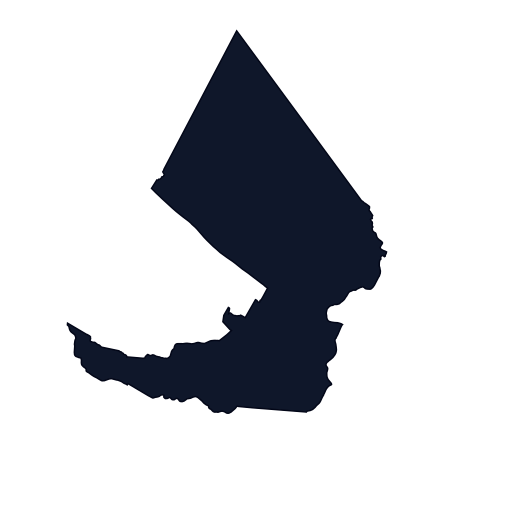 the district of Santarém, Pará, Brazil, rotated 120°
{"feature_id": "56859067B9705629805023", "entity_name": "Santarém", "entity_type": "district", "adm_level": 2, "iso_a3": "BRA", "parent_name": "Brazil", "parent_adm1": "Pará", "projection": "equal_earth", "projection_center": [-54.756, -2.669], "detail": "fine", "context": "isolated", "style": "filled", "palette": "ink", "viewbox_px": 512, "rotation_deg": 120, "n_neighbors": 0, "source": "geoboundaries", "source_scale": "gbopen_adm2", "svg_char_len": 6170}
<svg xmlns="http://www.w3.org/2000/svg" viewBox="0 0 512 512"><g transform="rotate(120 256 256)"><path d="M272.1,146.8L272.1,148.3L272.4,149.8L273.0,152.0L273.7,153.4L274.4,154.8L275.4,157.3L276.0,159.4L276.1,160.7L275.8,161.7L275.0,162.9L274.2,163.8L273.5,164.3L272.5,164.9L270.7,166.4L269.7,166.9L266.8,167.8L266.1,167.9L264.2,167.5L262.8,167.1L261.4,166.3L261.0,165.7L260.1,164.7L259.0,164.1L258.5,163.5L257.5,161.7L256.0,160.2L255.5,159.9L253.6,159.3L252.1,158.6L249.5,157.8L246.8,157.7L245.2,157.5L241.6,157.5L240.0,157.1L239.2,156.3L237.3,155.0L236.7,154.4L236.1,153.1L235.6,152.5L235.2,152.4L234.0,151.9L232.4,150.8L231.2,150.0L229.5,148.4L229.2,147.9L229.2,146.9L229.2,146.2L229.5,145.4L229.5,144.7L229.1,143.4L227.9,141.0L227.6,140.5L227.2,140.1L226.5,139.7L224.4,139.1L221.8,138.9L213.1,139.3L211.8,139.2L208.8,139.8L206.7,140.8L205.9,141.6L204.3,142.9L203.0,144.3L200.1,145.9L198.1,146.6L197.4,146.6L196.8,146.4L196.3,146.3L194.4,147.6L192.7,147.2L192.3,146.6L192.2,145.2L192.4,144.5L191.6,144.0L190.8,144.4L188.5,144.6L187.2,145.0L187.3,147.1L187.6,148.1L187.6,150.4L187.6,151.2L187.2,152.0L186.6,152.7L185.5,152.9L183.7,153.0L183.0,152.8L181.7,152.9L181.0,153.4L180.4,156.0L180.5,156.7L180.1,158.5L179.7,159.9L178.9,161.1L176.7,163.3L176.3,164.1L176.4,165.2L176.1,167.0L175.8,167.6L174.3,169.1L173.6,169.4L172.4,169.3L171.3,170.9L169.7,171.4L168.5,172.3L168.1,173.6L167.6,174.6L167.0,175.2L166.4,175.1L165.9,174.4L165.5,174.1L165.0,174.2L164.6,174.8L163.7,175.2L163.1,175.1L162.6,175.2L160.7,178.9L160.4,179.4L160.3,180.2L159.8,180.8L159.3,181.3L158.8,181.5L157.6,181.7L157.2,182.0L156.6,182.3L156.3,183.1L155.8,187.5L155.9,188.4L155.8,189.2L155.4,190.6L155.3,192.4L126.0,259.1L70.7,385.3L227.0,379.1L227.6,378.8L229.7,378.8L230.2,378.1L230.6,377.2L231.5,375.9L232.0,375.8L232.4,376.1L233.3,375.9L234.1,376.6L234.5,377.1L235.3,377.2L235.8,376.8L236.4,377.0L237.9,378.0L238.2,378.7L239.0,378.7L239.5,379.3L239.7,379.9L249.7,380.3L251.3,374.4L253.4,365.6L256.3,352.5L257.3,347.5L258.0,343.0L258.6,339.0L259.5,331.6L260.0,329.1L260.6,327.2L261.4,323.2L262.1,320.7L265.7,310.4L266.9,306.3L269.1,297.7L269.9,293.3L270.9,288.8L271.8,280.4L272.3,273.6L272.7,270.4L274.1,261.4L274.7,254.6L275.6,247.8L276.5,240.6L276.9,237.8L277.1,235.4L277.7,232.6L278.0,229.9L287.3,229.6L291.5,229.6L292.1,230.1L292.6,230.2L293.8,229.8L294.5,230.1L294.8,231.0L294.5,232.0L294.1,233.0L294.0,233.9L294.1,234.6L314.8,234.5L314.8,237.3L314.9,239.7L315.7,240.2L316.2,240.7L316.6,241.6L317.4,242.4L317.9,244.0L318.5,245.4L318.6,246.8L318.2,248.8L318.2,249.8L318.7,250.3L319.2,250.4L319.7,250.8L314.8,252.6L314.4,253.1L314.4,254.2L323.5,254.2L329.5,251.8L332.7,241.8L332.8,240.0L338.9,241.9L347.8,245.5L348.1,246.5L350.0,250.0L351.9,252.6L352.8,253.4L357.4,256.7L358.1,258.0L358.9,259.9L359.2,261.1L359.5,262.2L360.0,263.2L361.1,264.4L362.1,265.2L363.3,266.5L364.2,267.7L364.5,268.2L364.8,269.2L366.0,271.9L366.7,273.1L368.5,275.4L370.8,279.5L371.4,280.4L371.9,280.9L372.8,281.4L373.3,281.5L375.0,281.4L377.3,280.7L378.8,281.3L379.8,281.4L380.9,281.4L384.8,280.4L385.8,280.2L387.9,280.9L389.5,282.0L389.5,282.8L390.7,284.6L390.8,285.8L391.2,286.5L391.5,287.5L391.7,289.2L392.1,290.1L392.8,292.6L392.8,294.2L392.9,295.1L393.3,296.1L394.7,297.2L395.2,298.0L395.3,299.0L395.3,299.9L395.4,300.5L396.0,300.9L397.0,300.9L397.8,301.4L398.5,301.5L399.3,301.3L399.9,301.3L400.7,302.2L401.1,302.8L408.0,317.5L407.4,317.9L407.1,318.5L406.9,319.2L407.0,320.2L407.3,321.1L407.1,321.8L406.7,322.3L406.9,323.1L406.5,324.5L406.6,325.4L406.9,326.2L406.6,327.2L412.2,344.3L411.5,347.0L411.6,347.8L411.9,348.7L411.4,352.2L411.7,353.2L412.2,353.8L412.4,354.5L412.4,355.1L412.6,356.0L412.6,356.8L412.1,357.4L411.3,357.8L410.6,357.8L410.0,358.1L409.5,358.6L408.8,358.9L408.5,359.7L408.4,360.6L408.4,362.8L408.6,363.6L408.4,385.6L410.0,384.9L410.4,383.3L410.7,382.7L412.5,381.0L413.4,379.9L414.1,378.5L414.3,377.7L414.8,373.9L415.1,373.2L416.0,372.0L417.0,371.1L417.5,370.8L419.4,370.6L420.5,370.2L423.2,369.1L424.5,368.0L430.2,365.2L432.0,363.9L432.5,363.3L432.8,362.6L433.0,361.8L432.6,359.3L432.5,358.5L432.0,357.2L432.0,356.5L433.3,355.2L435.9,353.8L437.3,352.6L437.7,351.7L438.2,350.0L438.4,347.9L438.9,346.7L439.2,346.2L440.4,345.7L440.7,344.9L440.8,344.2L440.7,343.2L440.7,342.5L441.2,338.3L441.3,335.8L441.1,333.2L441.2,330.1L441.2,327.5L440.9,326.7L439.8,325.0L436.0,321.8L434.6,320.1L434.3,319.3L433.1,314.8L432.6,313.6L432.1,310.6L432.0,309.6L432.2,306.6L431.9,304.4L432.0,303.1L430.5,303.1L430.8,279.0L430.7,278.0L430.7,276.1L430.6,274.5L430.2,273.9L428.5,272.4L427.7,271.3L426.5,270.1L425.9,269.6L424.6,269.1L423.7,268.5L423.0,267.6L422.8,267.0L422.7,266.1L423.3,265.7L424.2,265.4L424.5,264.9L424.8,263.6L424.7,263.0L423.7,261.6L423.2,261.1L422.3,260.8L421.8,260.2L421.7,259.5L421.8,258.6L422.3,257.2L422.2,256.5L421.9,255.8L421.2,254.8L419.6,254.2L419.2,253.8L418.8,253.1L418.7,252.2L419.2,251.0L419.8,249.7L419.8,248.8L419.1,247.2L417.6,245.8L416.0,245.1L415.4,244.8L414.4,244.6L412.0,241.7L411.4,241.2L409.9,240.2L408.4,238.7L407.9,238.0L407.7,237.2L407.6,236.3L407.6,235.4L408.6,230.1L409.0,229.0L409.5,227.4L409.8,224.6L409.5,222.5L409.9,221.9L410.7,221.3L411.2,220.6L411.4,220.0L411.3,219.2L411.3,218.5L411.5,217.5L411.9,216.4L412.1,215.3L412.0,214.1L411.7,213.5L410.8,212.1L410.3,210.8L408.0,208.7L407.2,207.6L406.6,205.4L406.7,204.6L406.7,203.0L406.5,202.3L405.7,200.9L405.1,200.6L403.7,199.6L398.5,197.8L395.7,197.4L395.3,196.9L395.0,195.8L389.1,183.0L366.4,135.4L366.0,134.4L365.4,134.3L364.7,134.1L362.8,131.9L361.4,130.8L360.5,130.2L357.6,129.2L355.2,128.8L352.2,127.8L351.0,127.6L349.3,127.6L345.2,128.0L342.5,128.0L342.0,128.2L340.7,128.2L336.9,128.6L335.5,128.6L332.6,128.1L331.3,127.4L329.8,126.4L329.3,126.4L328.7,127.1L328.4,127.8L326.9,131.9L325.4,133.9L324.1,134.9L321.7,136.4L318.9,137.1L317.7,137.6L317.1,138.1L316.7,138.8L316.0,140.2L315.7,140.7L315.1,141.1L314.0,141.4L312.7,141.4L311.6,140.9L309.9,140.4L308.7,139.8L305.4,138.7L302.1,138.3L300.0,138.4L298.7,138.8L297.1,139.4L295.1,140.8L292.5,142.8L290.5,144.8L289.2,145.7L288.0,145.9L287.3,145.6L286.4,145.8L283.2,145.9L275.8,146.8L273.2,147.0L272.1,146.8Z" fill="#0f172a" stroke="#020617" stroke-width="1.5"/></g></svg>